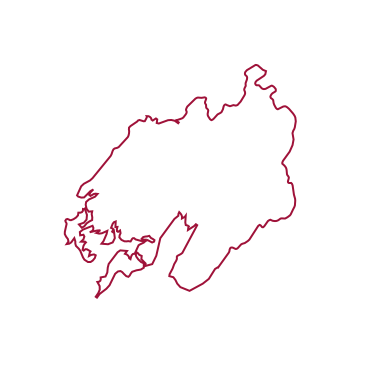 the border of Mayo, rotated 306°
{"feature_id": "IRL-714", "entity_name": "Mayo", "entity_type": "County", "adm_level": 1, "iso_a3": "IRL", "parent_name": "Ireland", "parent_adm1": "", "projection": "natural_earth1", "projection_center": [-9.466, 53.907], "detail": "fine", "context": "isolated", "style": "outline", "palette": "rose", "viewbox_px": 384, "rotation_deg": 306, "n_neighbors": 0, "source": "natural_earth", "source_scale": "10m", "svg_char_len": 6080}
<svg xmlns="http://www.w3.org/2000/svg" viewBox="0 0 384 384"><g transform="rotate(306 192 192)"><path d="M146.2,257.5L146.2,257.1L143.3,255.9L131.6,256.7L124.2,254.6L110.6,248.1L108.2,238.5L109.2,233.9L111.1,230.3L112.1,227.0L110.6,223.1L112.3,222.2L118.6,221.3L123.2,220.0L127.2,219.6L129.0,219.1L130.7,217.8L131.7,217.7L135.1,219.4L137.0,220.0L168.2,215.7L168.2,214.1L165.6,213.7L158.9,211.1L161.3,209.8L162.3,209.7L162.3,208.2L161.6,206.4L163.4,204.5L169.2,200.8L167.8,200.8L164.7,199.4L166.1,198.5L167.1,197.2L167.8,195.5L168.2,193.5L166.3,193.9L164.7,194.9L159.9,193.6L136.0,193.5L119.4,200.6L110.3,202.2L104.8,197.8L106.9,196.5L107.9,190.5L110.7,188.9L110.3,186.9L110.2,186.0L110.7,184.5L110.7,183.2L109.5,183.2L109.5,181.7L117.5,180.1L119.0,180.7L122.7,182.7L125.0,183.2L127.0,184.3L127.7,189.4L129.6,190.5L131.0,189.9L131.0,188.1L130.7,185.7L131.4,183.2L129.8,181.9L128.4,180.3L126.8,179.0L124.5,178.8L124.5,180.1L125.6,181.7L123.6,181.2L122.5,179.6L120.5,174.3L120.6,172.3L119.8,171.3L118.8,171.1L115.9,171.4L115.4,170.6L114.8,169.3L113.6,168.1L112.4,166.3L111.8,163.1L112.6,159.9L114.4,158.9L116.7,158.4L118.6,156.4L116.3,155.6L116.2,154.4L117.7,153.1L119.9,152.2L118.6,150.7L123.3,147.6L121.7,146.6L119.8,146.5L115.4,147.6L115.8,149.4L115.6,150.2L114.7,150.5L113.0,150.7L113.0,152.2L114.1,152.2L109.3,156.7L104.6,157.5L100.4,154.8L97.0,149.2L100.2,149.3L107.8,147.6L110.8,146.3L105.7,143.4L103.7,141.3L102.7,138.8L103.8,139.3L106.1,139.9L107.2,140.4L105.1,137.9L99.3,132.9L101.6,134.1L103.5,134.2L105.1,133.2L106.2,131.4L97.5,125.9L93.7,124.8L91.2,127.0L93.6,129.3L92.7,131.1L89.8,132.0L86.6,131.4L88.1,133.7L88.9,134.4L88.9,135.8L86.5,135.6L84.5,135.9L80.9,137.5L80.9,138.8L83.1,139.4L83.9,140.7L84.3,144.8L82.9,144.9L79.6,146.3L81.8,147.4L83.9,149.4L84.2,151.3L81.4,152.2L78.2,152.0L75.8,151.1L74.2,148.9L74.0,144.8L75.0,142.3L78.8,136.1L79.6,133.7L80.2,129.8L81.6,128.0L83.5,126.6L85.5,123.9L80.3,123.9L78.1,123.1L76.2,121.2L79.4,121.1L81.0,119.2L81.9,116.3L83.2,113.8L85.1,112.5L92.5,109.3L93.2,108.4L93.6,107.3L94.3,106.4L95.9,106.3L96.9,107.0L97.3,108.3L97.5,109.7L98.1,110.7L100.3,112.1L103.2,113.2L106.1,113.5L108.5,112.2L109.7,113.9L111.1,114.8L112.6,114.8L114.2,113.8L114.5,114.5L114.5,114.8L114.7,115.0L115.5,115.1L111.7,120.5L107.7,122.9L103.6,122.6L99.3,119.6L98.3,123.8L100.9,125.0L104.8,125.2L107.9,126.3L110.6,127.7L112.9,126.2L115.2,123.8L117.7,122.6L115.4,120.0L116.5,116.5L119.2,113.5L121.7,112.2L125.4,113.0L131.2,116.3L134.9,116.7L133.9,114.9L132.6,113.7L129.2,112.2L129.2,110.7L130.8,110.2L132.4,110.1L136.1,110.7L133.0,109.3L124.2,107.9L122.4,105.7L121.4,102.6L121.7,101.0L131.5,99.0L135.1,99.7L141.4,102.7L144.7,103.4L173.4,105.0L175.3,104.7L178.4,103.7L180.3,103.4L181.7,103.8L184.0,105.7L185.4,106.3L198.7,107.8L200.3,107.5L202.4,106.6L204.3,105.4L205.5,104.2L207.1,103.2L209.2,103.5L216.7,106.2L218.1,106.3L219.4,107.2L220.8,111.3L221.6,112.2L224.6,111.8L226.3,111.4L226.7,110.7L227.8,112.4L228.0,114.2L227.6,115.7L226.7,116.7L226.7,118.2L230.3,119.6L230.3,121.2L227.1,122.9L227.9,124.9L236.0,130.4L238.1,132.9L239.5,136.2L239.5,140.4L240.5,140.4L240.7,136.2L241.1,137.4L245.3,140.4L246.2,140.9L247.4,141.2L251.0,141.3L252.3,141.2L253.2,140.9L253.9,140.4L254.7,139.1L255.4,138.6L257.4,138.1L258.4,138.0L269.5,139.9L270.9,140.5L271.9,141.3L273.8,144.4L276.0,146.6L276.3,147.6L276.1,148.4L275.4,148.8L272.6,149.6L271.9,150.0L271.4,150.6L270.8,152.1L268.8,153.7L268.4,154.3L268.2,155.9L267.9,156.7L267.4,157.3L264.3,158.8L263.3,159.7L262.7,160.7L261.5,163.8L261.5,165.4L262.5,166.1L264.1,166.5L269.8,167.1L272.9,168.6L274.1,168.9L277.1,168.4L279.8,167.3L280.8,167.1L281.8,167.2L282.5,167.6L282.8,168.6L282.9,169.5L283.7,172.2L284.1,172.6L286.6,174.4L287.7,176.7L289.1,177.7L293.8,178.2L301.1,177.6L302.7,177.2L304.0,176.2L305.3,174.2L306.2,173.7L307.5,173.4L309.4,173.1L311.1,171.7L311.8,171.3L315.3,170.3L316.8,169.5L317.4,168.9L317.8,168.2L318.0,166.5L318.3,165.8L318.8,165.3L319.6,164.8L320.5,164.6L322.8,164.8L332.1,168.7L332.7,169.6L333.1,171.0L332.5,177.5L333.3,180.8L330.3,182.1L328.2,181.9L320.1,178.9L318.3,178.8L317.1,179.2L316.4,180.1L316.2,180.9L316.4,181.7L317.4,183.0L317.7,183.7L316.9,187.4L317.0,188.3L317.2,189.1L317.6,189.8L318.7,190.9L324.4,193.6L325.0,194.1L325.2,195.2L325.2,196.6L324.6,199.0L323.8,199.9L322.8,200.4L321.9,200.2L319.3,199.1L318.2,198.9L317.0,198.9L315.5,199.2L314.8,199.8L314.4,200.6L314.4,202.4L314.1,203.6L311.8,205.9L310.8,207.4L309.4,210.3L309.1,211.7L309.4,212.8L314.8,215.6L315.9,216.7L316.3,217.4L316.5,219.1L316.3,221.6L314.9,227.6L314.0,230.1L313.0,231.8L310.2,234.4L304.9,237.1L303.1,237.7L301.1,237.9L298.7,238.7L294.2,243.3L289.0,245.8L282.0,247.3L270.8,247.3L269.0,247.7L268.0,248.4L267.7,251.1L267.5,252.0L267.0,253.5L266.4,254.5L265.4,255.6L262.2,258.4L261.6,259.4L261.4,260.4L260.8,261.7L259.6,262.4L257.8,263.0L256.8,263.5L256.2,264.2L256.2,264.9L256.6,265.6L257.6,266.9L257.4,268.0L256.5,269.5L249.8,276.0L247.1,279.4L245.7,280.6L241.7,283.1L240.1,283.6L237.4,284.0L232.0,285.0L230.7,285.0L227.8,284.1L225.4,283.0L224.9,282.4L223.7,280.5L223.1,279.7L222.4,279.2L219.9,278.4L218.4,277.5L217.3,276.3L216.6,275.1L216.1,274.1L215.6,271.7L214.7,271.1L213.1,270.5L206.9,270.6L205.4,270.3L204.9,269.7L204.8,269.1L205.3,267.5L205.3,266.7L205.1,266.0L203.4,265.5L187.3,266.4L185.2,266.0L181.7,264.7L179.9,263.3L178.9,262.7L178.2,262.5L173.5,262.0L172.6,261.7L171.9,261.2L171.5,260.6L171.0,257.9L170.6,256.9L169.6,256.0L168.6,256.0L167.5,256.3L166.0,257.1L164.7,257.4L146.2,257.5ZM101.5,181.7L103.5,180.9L105.4,180.4L107.0,180.6L108.4,181.7L108.3,183.2L107.0,184.9L105.9,188.2L105.4,192.0L106.0,194.9L102.4,197.5L99.2,196.2L96.0,193.1L92.3,190.5L90.1,190.4L87.8,190.7L86.0,190.4L85.3,188.3L85.7,185.1L86.2,182.6L86.0,180.6L84.2,178.8L80.7,177.9L68.0,180.1L63.4,179.6L55.2,177.2L50.7,177.2L50.7,175.7L55.1,175.6L58.7,174.8L61.6,172.6L63.6,168.3L64.9,169.6L66.3,170.0L67.7,169.5L69.2,168.3L72.8,171.7L77.1,170.8L81.3,168.3L84.8,166.9L99.5,167.2L102.6,168.3L106.1,174.1L102.6,174.1L103.1,175.8L103.0,177.5L102.5,179.0L101.5,180.1L101.5,181.7Z" fill="none" stroke="#9f1239" stroke-width="2"/></g></svg>